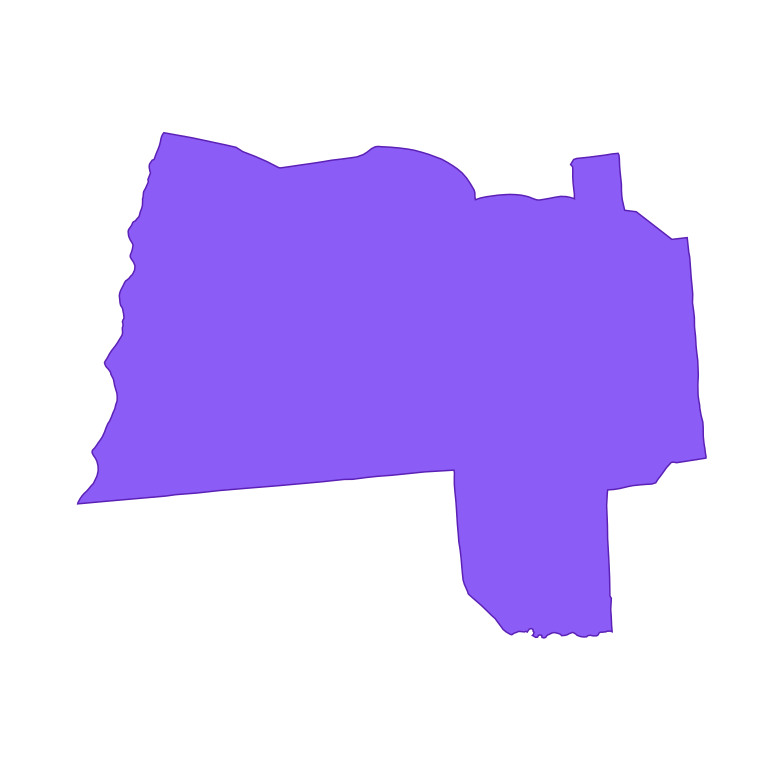 the district of Siem Reap, Siemréab, Cambodia, rotated 85°
{"feature_id": "14789045B16739970374251", "entity_name": "Siem Reap", "entity_type": "district", "adm_level": 2, "iso_a3": "KHM", "parent_name": "Cambodia", "parent_adm1": "Siemréab", "projection": "natural_earth1", "projection_center": [103.853, 13.34], "detail": "fine", "context": "isolated", "style": "filled", "palette": "violet", "viewbox_px": 768, "rotation_deg": 85, "n_neighbors": 0, "source": "geoboundaries", "source_scale": "gbopen_adm2", "svg_char_len": 5330}
<svg xmlns="http://www.w3.org/2000/svg" viewBox="0 0 768 768"><g transform="rotate(85 384 384)"><path d="M279.1,68.9L264.6,69.2L265.0,84.6L234.4,117.7L231.9,129.1L221.7,130.5L217.7,130.7L212.3,130.6L206.0,130.1L199.6,130.2L193.5,130.3L187.5,130.3L183.7,130.1L179.9,129.9L176.4,130.0L174.6,130.7L174.7,137.0L175.2,143.5L175.6,152.5L175.9,159.8L176.0,165.5L176.1,172.4L176.9,175.5L179.3,177.3L180.7,178.3L181.7,179.0L183.1,177.8L184.2,177.2L186.3,177.2L189.7,177.5L193.6,177.9L199.7,178.1L205.9,178.0L211.8,177.8L214.3,178.1L216.1,178.1L214.9,180.8L214.3,182.3L213.2,186.1L212.5,191.6L212.9,197.7L213.4,202.1L214.0,209.1L214.3,213.3L213.8,216.0L211.8,220.4L210.4,223.1L209.3,226.0L207.8,231.0L206.8,236.5L206.1,242.1L205.9,246.9L205.8,253.7L206.1,260.2L206.4,265.8L207.1,271.7L208.0,275.3L208.4,276.9L205.2,277.1L201.5,276.8L198.5,277.4L193.6,279.7L190.3,281.4L186.1,283.7L180.5,287.8L176.1,292.2L173.0,295.9L169.1,301.0L165.0,307.1L162.9,311.6L162.1,313.2L159.1,319.5L156.4,326.3L153.8,333.4L152.0,340.0L150.3,347.8L148.6,357.2L147.5,365.1L146.8,369.6L147.0,372.3L148.5,376.0L151.5,380.5L153.6,384.6L155.4,391.1L155.8,397.9L156.2,406.6L156.5,416.6L157.2,425.1L157.9,435.6L158.6,448.8L159.1,456.9L159.7,468.1L159.3,470.0L152.0,481.6L145.9,492.8L140.2,504.4L135.3,510.8L132.2,520.4L128.1,533.8L122.1,553.4L114.5,581.4L115.8,582.6L118.1,584.0L119.5,584.5L121.1,585.1L123.1,585.6L125.1,586.3L126.8,586.9L130.4,588.6L132.8,589.9L135.4,591.2L136.8,591.9L138.0,592.4L140.3,593.5L140.8,595.4L142.2,596.6L143.2,597.3L144.3,598.3L146.3,598.9L148.4,599.0L149.9,598.8L151.5,598.7L153.3,598.2L156.8,599.9L158.3,600.7L159.9,601.4L161.7,601.1L163.4,601.8L166.2,603.4L168.0,604.4L169.6,605.4L171.1,606.5L172.6,607.0L173.9,607.2L175.5,607.5L176.8,607.7L178.5,608.4L180.2,608.5L182.0,608.7L185.0,609.1L187.7,610.0L191.3,611.8L194.5,612.9L195.9,613.5L198.5,616.3L199.7,617.3L200.5,619.2L201.2,620.2L203.3,621.2L204.8,622.3L206.4,623.7L207.7,624.8L208.7,625.3L210.0,625.6L212.3,625.6L214.2,625.5L215.9,625.1L218.4,624.2L220.0,623.4L222.0,622.4L223.9,621.9L227.3,622.8L229.2,623.5L230.9,624.2L233.4,625.5L235.3,625.7L237.5,624.8L240.9,622.9L244.4,621.8L246.7,622.1L248.9,622.6L250.4,623.5L251.5,624.1L253.2,625.3L254.6,627.1L256.5,628.8L257.7,630.5L258.9,632.5L260.7,633.8L262.9,635.1L265.0,636.4L266.7,637.5L268.4,638.5L270.6,639.4L273.0,640.0L277.0,639.9L280.2,639.9L282.7,639.5L285.9,637.9L289.0,637.6L291.6,637.3L293.2,637.3L294.8,637.2L296.5,637.6L297.4,638.4L299.2,639.2L301.1,638.8L303.5,639.0L305.2,639.8L307.1,639.9L309.7,639.9L312.2,640.5L313.9,641.7L315.5,642.9L317.7,644.5L319.9,646.1L322.9,648.6L324.6,650.2L326.8,652.3L329.8,654.7L332.4,656.4L334.5,657.8L337.0,659.8L338.5,660.6L340.4,660.2L342.5,659.4L344.8,657.6L346.7,656.4L348.6,655.4L350.6,655.2L355.4,653.2L358.5,652.8L362.0,652.5L366.0,651.7L369.8,650.9L373.4,650.9L375.5,651.1L377.4,651.3L381.7,653.2L385.2,654.3L387.2,655.4L388.7,656.3L392.9,658.3L397.0,660.6L399.5,662.6L403.8,664.9L407.4,666.5L411.9,669.1L415.3,671.7L417.6,673.8L419.7,675.4L422.5,677.8L424.1,679.7L425.2,680.5L426.9,680.8L429.8,679.7L432.9,677.9L436.1,676.7L440.8,676.0L445.5,676.3L450.5,677.9L453.8,679.8L457.8,682.2L460.3,685.0L462.5,687.1L464.8,689.5L467.1,692.5L469.3,694.7L471.7,696.7L475.3,699.1L476.7,699.6L476.6,668.8L476.6,610.9L476.1,601.0L476.3,579.9L475.8,557.4L475.9,527.6L476.1,498.6L476.0,454.3L475.8,444.3L475.6,431.6L476.2,423.4L475.6,409.5L475.4,398.3L475.6,384.0L475.3,363.6L475.1,351.5L475.2,347.5L475.6,333.0L475.9,321.8L478.9,321.6L483.1,322.1L490.4,322.7L499.3,322.7L507.6,322.6L514.0,322.7L522.0,322.9L530.0,323.1L541.2,323.1L547.4,323.2L556.2,322.6L563.6,322.4L571.6,322.4L578.7,322.4L585.9,322.3L590.5,321.4L596.1,319.5L598.8,318.6L600.3,318.4L601.6,317.3L604.8,314.3L607.9,311.3L613.0,306.4L616.3,303.5L619.9,300.4L624.0,296.9L627.4,293.7L631.6,291.2L635.4,288.8L638.8,286.8L641.4,284.2L643.1,281.9L644.5,279.8L644.9,278.5L643.5,275.9L642.9,273.4L642.2,271.5L642.6,268.8L643.2,265.8L642.8,264.3L643.6,262.9L642.4,262.0L640.8,260.6L640.5,258.7L641.4,257.0L643.3,257.0L644.5,256.1L646.6,257.1L647.4,258.1L648.7,256.2L649.6,255.1L649.6,253.1L648.6,252.6L647.5,251.3L648.1,248.8L650.2,248.7L650.9,246.8L650.5,245.0L649.5,244.3L648.4,243.0L647.4,240.2L646.8,238.6L646.5,237.4L646.6,235.4L647.0,234.2L648.0,231.4L648.7,230.1L650.2,228.9L650.2,226.8L650.2,225.5L649.8,223.4L648.7,220.8L647.9,217.8L648.6,216.4L649.7,214.9L651.2,213.5L652.8,210.0L653.4,207.2L653.5,204.2L652.4,202.8L652.3,200.3L653.1,197.9L653.4,194.0L652.7,192.7L651.0,191.6L650.1,190.2L650.3,187.9L650.2,186.2L650.3,184.8L649.7,183.3L649.9,180.1L650.7,178.3L644.2,178.3L635.6,177.9L628.4,177.8L617.3,176.2L614.9,177.4L596.2,176.1L577.5,175.3L557.7,174.7L543.7,173.7L524.4,172.8L513.2,171.2L511.3,170.9L509.0,170.4L509.1,164.2L508.7,158.4L507.4,149.5L506.9,144.4L506.8,137.6L506.8,132.0L507.0,125.9L506.1,121.9L502.7,119.3L499.6,116.4L496.0,113.3L491.9,109.8L489.4,107.1L487.3,104.9L487.0,102.9L487.9,99.2L486.0,71.2L485.9,69.8L484.4,69.5L481.4,69.8L476.3,70.0L470.9,70.4L464.3,70.5L454.8,69.8L449.8,69.7L442.5,70.9L435.5,71.5L432.3,71.4L428.6,71.8L422.7,72.1L412.1,71.4L402.3,70.1L394.3,69.7L388.0,69.4L379.6,69.7L373.1,69.8L363.9,69.5L354.4,69.7L344.8,69.0L337.5,69.2L330.0,69.6L321.4,68.6L313.6,68.6L304.1,68.7L298.4,68.6L292.4,68.5L284.2,68.4L279.1,68.9Z" fill="#8b5cf6" stroke="#5b21b6" stroke-width="1.5"/></g></svg>